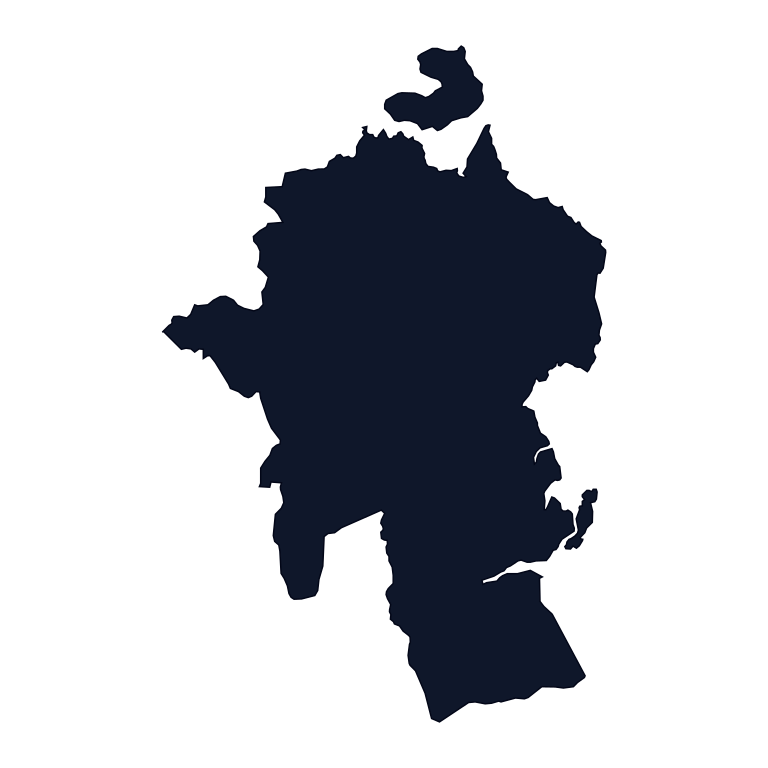 outline of Beluran, Sabah, Malaysia
{"feature_id": "92858781B11747054778186", "entity_name": "Beluran", "entity_type": "district", "adm_level": 2, "iso_a3": "MYS", "parent_name": "Malaysia", "parent_adm1": "Sabah", "projection": "natural_earth1", "projection_center": [117.451, 6.209], "detail": "fine", "context": "isolated", "style": "filled", "palette": "ink", "viewbox_px": 768, "rotation_deg": 0, "n_neighbors": 0, "source": "geoboundaries", "source_scale": "gbopen_adm2", "svg_char_len": 6096}
<svg xmlns="http://www.w3.org/2000/svg" viewBox="0 0 768 768"><path d="M259.4,486.6L269.7,487.2L271.0,482.0L281.5,482.8L280.4,487.0L280.6,489.6L282.9,496.4L283.8,502.7L281.3,508.3L275.4,514.3L273.3,535.6L274.7,541.4L278.8,545.0L279.9,551.1L281.1,573.4L284.2,578.4L287.4,585.8L289.0,593.6L291.1,597.3L294.0,599.2L301.6,598.9L314.8,595.5L317.7,590.5L318.9,579.5L322.8,566.1L324.1,536.6L328.0,533.5L334.6,532.7L341.4,527.7L381.3,510.1L384.7,513.3L381.5,519.9L380.8,523.2L382.6,526.1L383.3,528.5L382.9,530.2L380.8,532.2L381.5,538.4L384.3,540.0L387.2,540.4L387.5,544.1L386.1,547.0L386.8,553.1L389.0,556.4L389.0,560.9L392.2,567.1L393.2,575.3L393.2,583.5L388.3,588.5L386.5,591.7L386.1,594.6L387.5,598.6L390.7,604.5L389.6,609.7L389.5,611.8L390.9,614.6L390.4,619.2L393.5,621.7L394.4,623.9L399.5,625.9L403.1,631.1L408.9,635.6L410.1,637.3L410.3,642.2L409.5,644.2L408.1,655.3L409.2,663.4L410.0,665.2L415.5,670.8L425.1,693.2L431.6,718.5L439.5,721.9L468.6,702.5L475.2,701.9L485.2,703.8L491.6,703.2L498.7,701.1L501.0,701.9L515.5,698.0L524.4,698.8L528.1,697.5L541.8,686.7L555.2,686.9L563.4,688.0L573.4,686.7L577.5,682.5L584.4,677.5L585.1,675.8L552.2,614.2L543.9,606.5L540.0,601.4L539.5,578.3L542.3,576.9L530.3,570.4L517.5,573.7L507.2,573.7L502.6,575.7L499.7,577.8L496.9,581.1L486.5,582.7L483.0,584.4L481.9,580.2L494.0,576.1L500.8,572.0L504.0,570.8L506.5,567.5L510.4,565.9L517.9,560.9L521.1,560.1L527.1,562.2L530.3,562.2L536.0,560.9L546.3,560.5L549.6,556.4L553.1,550.3L556.0,549.5L558.1,546.6L558.8,544.1L562.0,539.2L574.1,531.1L574.3,528.2L573.0,524.5L572.3,514.0L570.7,511.9L567.9,510.1L566.1,511.1L563.2,511.1L561.1,509.3L560.2,503.5L554.5,498.0L551.8,497.0L547.4,507.2L545.8,509.8L544.2,509.6L544.9,500.9L543.8,493.5L544.7,491.2L550.6,483.3L555.0,479.9L557.5,480.4L559.7,479.9L561.1,478.0L559.7,466.5L558.4,465.2L554.7,458.6L553.4,451.8L552.0,448.6L540.4,452.0L538.5,454.1L537.0,458.3L536.3,462.3L534.4,464.1L533.5,457.3L536.3,451.5L540.1,447.8L547.4,445.7L549.3,443.9L548.8,441.5L545.8,436.8L540.4,433.1L537.4,425.5L537.4,422.9L534.9,417.1L533.8,411.1L527.6,408.4L525.8,406.6L521.9,406.9L522.1,404.2L523.1,402.1L528.5,395.8L531.7,390.3L532.4,386.9L534.9,381.9L535.1,379.8L536.7,378.2L539.2,381.4L545.6,380.1L548.3,375.1L547.4,372.7L547.7,370.6L550.2,368.8L551.8,368.8L555.6,365.9L556.3,362.7L557.9,362.2L558.6,365.4L560.6,365.9L564.5,362.2L567.0,362.0L573.2,364.8L575.0,366.4L577.3,367.2L580.5,367.2L587.3,371.7L588.9,369.8L591.2,364.8L593.7,361.7L595.7,357.2L593.4,352.2L593.4,348.6L595.3,344.1L597.8,343.6L600.3,339.9L600.1,337.5L598.9,335.2L599.4,330.2L601.6,323.9L598.9,312.6L594.1,297.1L596.9,274.8L598.2,272.9L600.0,273.2L603.2,268.2L605.7,252.5L605.5,250.1L601.0,245.9L599.8,243.3L601.4,242.0L601.2,240.6L591.8,235.9L586.6,231.7L581.1,226.5L579.5,222.3L578.2,222.0L576.1,224.1L574.1,222.5L570.9,217.5L567.5,216.2L563.1,209.7L562.2,206.5L558.1,207.6L553.6,206.0L549.5,202.6L547.2,197.6L535.6,199.7L533.1,199.4L527.6,194.7L516.2,188.9L509.6,182.4L506.6,179.2L506.0,177.1L508.2,172.1L501.2,169.8L500.5,163.0L496.6,158.0L496.4,154.3L494.8,149.3L493.6,146.4L491.6,144.3L491.6,138.3L488.4,131.7L490.0,125.2L488.2,124.9L485.9,125.7L484.1,128.3L476.8,143.5L467.5,159.0L467.0,166.9L463.1,173.2L466.1,176.6L463.4,177.4L459.0,176.1L458.1,175.0L456.7,172.9L457.4,170.6L457.2,168.5L451.3,170.6L446.0,170.3L439.9,171.9L437.6,170.8L436.7,168.5L433.5,167.2L428.0,166.4L425.8,163.5L425.1,160.1L424.2,158.5L423.9,156.7L424.6,153.5L421.9,148.0L422.1,145.4L418.0,142.0L413.7,140.4L412.8,137.0L408.5,139.6L403.7,136.2L402.8,133.8L400.9,131.7L398.2,132.8L396.8,135.9L393.7,136.2L392.5,138.3L388.9,139.1L386.8,136.4L385.7,133.3L383.4,129.6L378.6,135.4L377.9,137.8L375.7,138.0L373.8,137.0L372.7,134.6L369.5,134.6L367.0,133.0L366.3,130.9L366.8,126.5L362.7,127.5L365.0,129.9L362.9,131.2L362.7,132.8L364.5,135.1L359.7,140.9L356.7,146.9L356.7,153.0L355.8,156.1L353.3,158.2L350.4,158.0L348.5,156.4L343.3,157.7L340.3,154.6L336.9,155.3L334.9,158.2L329.4,161.4L327.4,166.9L324.2,169.0L318.2,169.1L311.4,170.7L305.0,169.1L301.1,169.5L296.8,171.1L285.4,173.2L282.2,186.7L265.8,187.5L265.8,197.0L264.4,201.9L274.7,209.7L278.3,214.2L282.9,222.4L268.0,223.6L266.5,226.9L260.1,230.6L253.4,236.5L253.9,241.2L257.6,245.4L260.1,251.1L259.8,259.7L257.9,266.8L262.5,270.7L268.4,277.1L265.3,287.4L261.9,292.0L263.2,304.5L259.1,309.1L253.9,310.9L244.0,308.4L237.5,305.2L233.5,300.2L225.8,296.3L220.3,296.6L213.5,300.2L207.9,304.8L197.7,305.9L194.7,304.8L190.7,314.4L186.9,318.0L179.2,316.2L173.7,316.6L171.8,320.1L172.1,323.0L171.5,324.0L169.1,325.4L162.3,332.2L163.5,331.5L181.4,349.3L186.0,348.2L191.0,348.9L194.7,352.1L199.0,348.9L203.3,349.3L203.3,358.5L207.6,355.7L210.1,355.7L215.3,362.4L228.6,384.1L230.4,388.4L238.5,391.6L244.3,396.2L248.3,397.6L251.7,396.2L256.0,391.6L259.7,391.9L260.7,398.3L267.5,419.0L271.5,428.2L280.4,440.0L280.1,443.9L276.4,445.3L272.4,448.5L269.9,455.3L265.0,461.3L260.7,468.1L260.7,483.4L259.4,486.6ZM465.2,51.4L463.7,47.7L461.2,46.1L458.4,48.9L458.0,50.6L453.8,51.4L446.7,51.4L437.4,48.5L432.1,48.5L421.4,53.9L418.2,56.3L417.8,59.2L420.0,62.1L420.7,64.5L420.0,69.0L421.0,72.3L431.0,77.2L438.1,79.3L441.0,81.7L442.0,83.8L442.4,87.1L435.3,90.8L433.5,93.2L428.9,96.5L425.3,97.7L421.7,95.7L415.0,93.2L401.8,92.8L397.9,93.6L386.2,100.2L384.7,104.3L384.7,108.8L390.4,114.1L394.7,120.3L399.0,121.5L404.3,120.3L410.0,120.7L417.5,123.6L422.1,129.7L432.4,126.4L437.4,130.5L441.0,129.3L447.4,124.8L451.6,120.7L460.9,117.8L467.7,116.6L477.3,108.4L480.8,103.9L483.0,100.2L483.0,96.1L481.5,90.8L482.2,84.2L473.3,76.0L472.6,71.9L470.5,67.4L467.7,64.5L464.4,58.8L465.2,51.4ZM596.2,489.3L593.2,489.3L592.1,491.2L591.0,491.4L589.1,490.4L586.9,490.4L582.3,494.9L582.3,496.7L584.6,499.6L582.3,501.4L582.3,505.9L579.8,506.2L579.1,507.7L579.6,509.8L576.2,518.8L578.4,530.1L577.5,533.2L574.8,536.1L570.9,538.7L569.1,539.3L567.0,541.9L566.4,544.8L564.8,546.6L565.9,548.7L570.5,549.0L573.0,546.1L576.4,548.2L579.3,545.8L582.5,540.6L582.8,539.3L580.9,539.0L580.3,537.4L584.8,532.7L586.6,528.0L592.3,522.4L592.6,511.4L590.5,502.7L594.8,501.7L596.4,499.1L597.1,492.0L596.2,489.3Z" fill="#0f172a" stroke="#020617" stroke-width="1.5"/></svg>